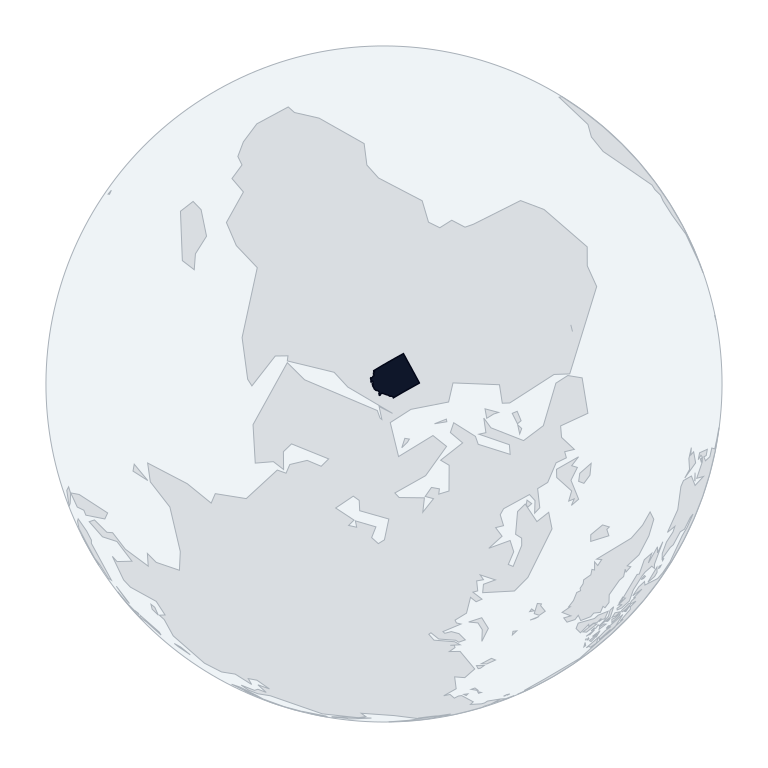 globe centered on Al Wadi at Jadid, rotated 149°
{"feature_id": "EGY-1550", "entity_name": "Al Wadi at Jadid", "entity_type": "Governorate", "adm_level": 1, "iso_a3": "EGY", "parent_name": "Egypt", "parent_adm1": "", "projection": "orthographic", "projection_center": [30.896, 24.831], "detail": "fine", "context": "on_globe", "style": "filled", "palette": "ink", "viewbox_px": 768, "rotation_deg": 149, "n_neighbors": 0, "source": "natural_earth", "source_scale": "10m", "svg_char_len": 12885}
<svg xmlns="http://www.w3.org/2000/svg" viewBox="0 0 768 768"><g transform="rotate(149 384 384)"><circle cx="384" cy="384" r="338" fill="#eef3f6" stroke="#a8b0b8"/><path d="M413.2,47.3L423.8,48.4L429.3,49.3L413.8,47.5L421.8,49.1L398.1,48.4L357.5,48.0L343.6,50.7L300.1,59.2L303.4,59.3L289.0,64.0L287.5,66.2L279.9,68.1L285.3,68.4L292.5,66.3L297.3,66.0L297.1,67.4L287.3,69.7L286.0,69.3L283.0,70.8L278.2,71.5L280.5,72.0L268.6,75.3L279.9,74.3L270.1,78.9L262.4,80.5L263.9,77.3L249.6,76.3L242.2,78.7L230.3,84.3L206.5,100.4L198.0,105.0L186.1,113.4L190.4,111.7L201.2,104.8L206.2,104.7L218.9,97.2L222.8,96.5L235.6,91.0L232.8,95.4L223.2,103.1L212.5,108.3L208.0,112.2L217.5,110.8L196.9,125.0L182.3,143.2L177.0,147.0L167.9,146.8L169.6,136.8L157.8,140.2L164.5,142.1L151.3,153.3L148.8,157.3L149.0,159.7L153.6,157.3L148.9,162.5L140.5,161.5L144.7,156.7L147.3,156.8L148.0,152.6L142.2,153.8L136.0,160.3L133.9,158.0L129.4,162.9L126.4,165.8L133.7,157.8L120.6,172.7L119.2,174.1L134.6,156.0L151.3,139.0L169.1,123.2L188.0,108.7L207.9,95.6L228.7,83.9L250.2,73.7L272.4,65.0L295.2,58.0L318.4,52.5L341.9,48.7L365.6,46.6L389.4,46.1L413.2,47.3ZM53.2,315.0L52.4,320.2L51.7,323.0L48.1,356.9L50.1,380.7L50.5,397.2L49.7,403.5L51.7,411.1L51.8,416.5L65.1,445.8L76.4,470.4L79.0,488.9L75.5,501.5L86.2,539.6L83.6,538.8L72.8,515.7L63.7,491.7L56.5,467.2L51.1,442.2L47.7,416.8L46.2,391.3L46.6,365.7L48.9,340.3L53.2,315.0ZM236.2,89.0L235.9,90.0L233.7,90.5L236.2,89.0ZM242.1,86.0L239.8,85.9L242.2,84.5L243.6,84.5L242.1,86.0ZM440.1,50.8L441.4,51.0L438.7,50.5L440.1,50.8ZM244.3,86.5L246.9,82.0L251.2,79.6L260.0,78.1L244.3,86.5ZM442.0,51.2L451.6,53.6L457.4,54.6L446.3,54.0L441.8,51.6L432.8,49.9L439.8,50.9L442.0,51.2ZM294.9,65.1L287.2,67.4L293.9,64.4L294.9,65.1ZM298.0,63.4L311.7,56.5L323.0,54.5L316.2,56.9L331.0,54.1L329.9,56.4L321.4,58.6L314.3,59.2L319.3,59.7L298.0,63.4ZM438.6,53.8L438.7,54.5L435.7,53.5L438.6,53.8ZM299.8,65.6L301.5,64.1L311.5,62.2L309.8,65.0L307.1,64.6L299.8,65.6ZM335.5,52.5L342.6,52.0L343.6,53.6L346.5,53.7L330.8,56.4L335.5,52.5ZM304.8,65.8L308.7,66.5L303.8,68.9L298.7,67.1L304.8,65.8ZM314.8,60.7L319.4,60.1L316.3,61.2L314.8,60.7ZM288.7,78.6L290.5,76.2L295.9,74.9L288.7,78.6ZM310.5,66.7L312.2,65.9L314.5,65.3L316.0,66.3L310.5,66.7ZM332.6,57.6L331.5,58.6L339.1,56.6L340.2,58.2L329.5,59.9L334.5,59.9L334.9,60.4L325.8,61.3L332.6,57.6ZM324.5,65.7L311.3,69.3L306.7,73.7L301.8,74.8L310.1,67.6L324.5,65.7ZM326.1,62.9L324.0,64.8L319.0,65.0L317.3,63.8L326.1,62.9ZM344.7,58.9L345.9,55.9L348.1,55.7L344.7,58.9ZM324.2,66.9L327.4,66.1L324.4,67.2L324.2,66.9ZM339.5,61.2L339.6,60.0L342.2,59.8L339.5,61.2ZM333.7,65.7L329.4,66.6L328.1,65.7L333.7,65.7ZM337.2,63.6L340.7,63.6L330.2,64.8L336.8,63.0L337.2,63.6ZM342.0,61.2L343.6,60.7L341.6,61.7L342.0,61.2ZM341.1,69.0L328.1,70.8L325.3,68.6L338.2,67.0L341.1,69.0ZM554.0,92.0L535.7,82.8L496.8,66.8L512.7,72.8L509.2,72.1L515.0,74.9L526.2,79.8L527.4,79.9L546.0,94.5L573.1,113.5L570.9,108.3L577.8,111.1L606.8,133.1L642.0,175.3L651.6,183.4L657.7,191.2L661.5,199.4L652.8,188.1L649.3,187.3L643.8,180.3L647.0,191.1L639.2,181.6L645.5,195.6L652.1,201.4L652.2,194.6L661.0,212.0L671.5,220.8L681.7,237.2L694.4,276.7L693.7,295.3L695.6,301.5L690.6,298.8L691.2,315.0L706.0,340.5L708.1,350.2L705.6,376.2L704.3,369.3L691.3,361.9L694.0,386.5L704.0,398.0L707.6,417.8L702.2,416.6L697.9,399.6L693.2,396.3L690.8,375.6L679.9,349.3L674.1,360.6L671.1,348.4L655.3,329.7L644.9,345.3L630.9,388.8L634.7,420.5L627.3,438.0L604.0,399.9L593.5,370.9L585.1,376.9L561.1,356.7L519.8,365.2L513.9,358.0L506.2,363.5L489.2,358.1L480.2,345.8L470.0,348.3L494.1,380.3L505.1,377.8L514.1,362.4L518.8,374.4L535.1,382.5L517.2,416.6L455.9,452.1L449.9,428.5L403.4,364.7L404.9,357.0L404.7,356.2L404.1,354.7L399.8,367.2L391.8,354.4L416.6,400.0L420.7,419.7L455.0,453.6L451.8,457.6L462.8,464.0L498.2,450.4L498.4,458.3L481.7,496.9L432.7,549.0L439.3,578.7L435.9,603.6L405.6,621.0L408.5,638.4L392.9,644.9L392.1,654.3L379.8,664.0L359.0,672.5L323.4,670.8L320.9,662.8L302.7,645.3L277.2,600.3L285.9,580.5L282.6,563.4L256.9,521.4L262.5,499.8L255.7,489.2L241.6,489.5L233.8,476.7L225.2,474.9L172.5,470.9L156.9,451.1L139.2,396.9L148.9,380.6L151.5,358.0L219.6,297.0L233.3,304.6L286.0,303.0L292.5,306.6L285.4,323.9L324.3,349.4L337.9,335.3L374.0,348.4L398.5,347.7L408.9,314.3L368.6,314.6L362.5,298.3L395.5,284.0L430.8,285.0L429.5,278.9L408.0,265.6L416.8,254.1L400.6,260.2L406.6,266.4L396.6,270.9L390.5,265.6L393.8,261.4L383.4,258.8L370.0,280.8L374.7,289.5L346.9,293.0L352.1,308.2L344.2,314.9L332.6,292.0L334.3,283.8L312.1,258.7L307.8,267.4L328.5,292.1L321.7,289.8L316.0,303.4L314.9,291.4L293.5,263.6L268.9,266.2L236.2,296.2L222.1,296.6L211.0,287.2L224.3,253.9L254.2,257.1L259.3,246.8L254.5,229.9L264.0,232.9L265.7,226.8L277.1,227.8L294.4,215.3L306.2,215.2L314.2,197.7L321.4,195.7L314.6,206.3L316.2,214.3L345.7,215.5L351.7,212.1L354.5,201.0L362.3,203.4L361.2,192.7L378.8,189.2L356.5,184.9L359.2,173.4L370.4,165.3L367.3,161.1L349.1,174.7L345.4,181.0L348.6,187.4L335.2,205.9L324.8,208.4L323.8,187.3L308.9,189.2L314.6,173.3L360.3,144.1L378.8,139.4L406.9,154.3L401.9,161.1L389.4,158.7L399.9,170.9L399.5,165.0L406.0,167.5L410.2,158.4L415.0,159.8L410.8,149.1L417.2,149.9L419.7,156.6L431.3,145.1L444.7,145.0L445.0,141.9L441.6,138.6L461.0,141.4L460.3,139.0L453.8,137.1L448.3,131.4L446.1,122.8L452.9,124.2L454.6,127.5L468.4,137.2L471.9,146.6L474.5,146.4L473.1,138.7L456.2,126.7L453.0,121.2L461.8,125.9L458.3,123.8L458.9,121.5L465.8,121.0L456.5,115.6L453.0,93.0L466.0,90.7L474.3,96.6L479.1,85.6L493.4,86.0L487.3,83.9L485.5,78.5L480.9,78.2L477.9,76.9L471.2,65.6L474.9,64.8L465.1,59.6L461.9,58.8L458.6,58.9L446.3,54.0L457.4,54.6L463.9,56.2L466.5,56.3L481.0,60.4L494.3,64.6L508.8,70.5L518.0,74.1L517.9,73.9L529.9,79.2L554.0,92.0ZM195.4,331.9L193.4,338.5L195.4,331.9ZM468.1,303.7L489.3,302.6L479.8,282.8L487.2,281.0L481.2,275.3L479.0,281.4L464.5,265.7L473.7,258.7L471.1,250.1L463.9,250.2L449.4,265.8L470.1,287.9L465.2,297.0L468.1,303.7ZM52.4,320.5L51.5,325.7L51.7,323.3L52.4,320.5ZM66.7,267.9L65.1,272.8L65.7,270.5L66.7,267.9ZM151.8,153.3L152.3,153.6L151.4,156.8L149.6,157.0L151.8,153.3ZM161.1,163.0L153.3,171.2L157.6,165.1L153.5,166.4L157.5,155.9L174.6,148.5L166.1,153.4L161.1,163.0ZM167.4,141.2L163.0,147.8L167.2,140.9L167.4,141.2ZM263.8,195.9L267.3,200.3L262.2,206.6L247.3,209.3L254.4,199.8L263.8,195.9ZM273.3,205.2L276.5,185.0L285.9,183.4L280.1,187.6L286.0,188.5L278.2,195.7L284.1,214.9L280.1,222.0L254.7,221.4L265.2,217.3L261.2,212.9L273.3,205.2ZM267.9,144.6L269.4,138.1L287.9,142.6L284.4,148.3L269.2,150.6L264.5,145.4L267.9,144.6ZM259.5,85.7L258.9,84.5L261.6,83.6L264.3,83.9L259.5,85.7ZM289.1,77.6L265.1,90.4L263.1,89.6L251.4,99.3L241.7,101.0L249.6,94.4L233.4,103.6L236.6,98.4L226.2,105.2L244.9,90.3L247.2,86.7L248.3,89.9L257.1,88.3L261.7,86.5L276.2,79.2L285.5,71.6L295.7,69.6L300.5,70.2L299.8,71.7L293.4,72.3L297.1,73.9L287.3,76.1L289.1,77.6ZM350.4,90.9L343.2,89.0L349.0,96.5L339.2,97.1L340.5,97.9L333.1,100.8L326.2,106.0L321.9,105.6L321.1,107.9L316.2,110.2L313.7,113.3L305.0,113.9L301.2,118.0L299.3,116.1L295.1,123.1L294.3,118.3L287.8,121.4L292.0,124.4L251.5,124.5L235.1,129.8L221.8,137.3L222.4,129.1L235.2,117.4L253.5,106.2L269.2,102.9L266.6,100.3L273.4,98.2L272.6,101.1L277.8,95.5L283.2,94.6L299.5,87.4L303.7,80.8L309.8,78.4L310.8,80.6L316.1,76.8L322.2,79.6L326.7,78.1L337.2,79.9L336.6,85.7L341.6,83.7L349.8,85.6L350.4,90.9ZM343.8,69.6L345.3,75.5L340.7,79.0L324.4,74.6L319.5,75.5L308.9,73.8L315.8,69.0L318.2,69.9L322.1,69.6L318.4,71.2L324.3,69.8L327.8,71.1L333.4,70.5L332.4,72.5L343.8,69.6ZM300.4,300.6L305.5,301.8L313.6,301.7L310.2,310.7L300.4,300.6ZM285.4,281.9L290.1,281.2L289.2,292.8L283.9,292.0L285.4,281.9ZM293.4,271.3L290.4,280.2L288.9,274.9L293.4,271.3ZM319.0,205.4L324.1,204.4L324.4,207.1L321.2,210.8L319.0,205.4ZM365.6,116.9L362.3,114.4L363.9,113.3L362.8,106.2L370.0,105.7L373.5,109.8L365.6,116.9ZM401.6,320.2L394.1,326.7L390.6,323.7L393.9,322.0L401.6,320.2ZM349.6,319.3L361.2,323.9L348.6,321.8L349.6,319.3ZM373.3,115.2L372.0,112.2L376.4,113.9L373.3,115.2ZM375.2,105.1L380.4,106.4L370.7,104.9L375.2,105.1ZM521.6,688.0L522.7,688.9L517.9,690.5L521.6,688.0ZM493.3,593.6L469.5,636.9L453.6,638.8L451.0,627.6L460.0,602.1L478.6,592.7L487.8,579.7L493.3,593.6ZM716.9,441.3L710.7,456.2L707.3,458.3L708.9,451.7L714.5,443.3L716.9,441.3ZM708.6,452.0L702.2,446.3L687.3,415.8L692.8,412.1L707.1,425.1L706.3,430.4L710.3,436.5L708.6,452.0ZM720.8,402.7L719.9,417.2L717.3,424.3L715.6,425.9L714.6,411.1L715.2,400.9L716.9,398.1L718.7,356.3L720.3,359.3L720.7,375.6L721.7,383.9L720.8,402.7ZM636.2,422.9L644.0,438.6L639.4,443.9L636.2,422.9ZM716.1,330.8L717.6,348.5L715.2,326.9L716.1,330.8ZM712.7,312.1L714.3,318.3L712.6,314.0L712.7,312.1ZM698.7,310.4L697.2,315.2L695.5,310.7L696.5,302.1L698.7,310.4ZM689.5,251.6L695.5,264.6L697.4,269.6L693.7,263.2L689.5,251.6ZM432.7,113.0L426.3,122.8L426.5,130.8L434.0,136.4L420.6,133.3L420.4,120.8L432.7,113.0ZM449.8,95.0L443.1,91.1L447.7,90.7L449.9,91.5L449.8,95.0ZM444.6,94.1L433.2,93.5L430.6,90.0L440.1,91.1L444.6,94.1ZM403.2,102.8L400.8,105.6L397.3,104.0L403.2,102.8ZM720.9,409.9L721.3,404.3L721.9,385.8L721.8,377.0L721.8,375.4L721.9,381.1L721.9,384.5L721.9,388.3L720.9,409.9ZM718.8,338.0L718.4,335.5L719.2,343.1L716.0,321.0L718.8,338.0ZM716.0,321.8L717.0,328.6L714.9,316.5L716.0,321.8ZM716.3,325.7L714.6,318.4L714.8,317.0L716.3,325.7ZM715.9,320.5L712.9,307.0L714.5,313.4L715.9,320.5ZM710.2,302.5L713.4,309.7L712.1,311.2L704.4,287.1L704.4,283.6L710.2,302.5ZM662.0,193.2L657.8,187.7L655.6,183.9L659.2,188.7L662.0,193.2ZM645.4,169.9L653.7,181.2L660.2,192.4L661.6,193.4L669.3,205.2L663.3,198.1L653.6,182.7L649.9,176.3L642.6,167.3L635.7,158.8L626.7,149.5L621.5,144.0L628.6,150.8L640.9,164.5L645.4,169.9ZM623.0,145.8L604.8,129.3L603.9,127.6L607.7,130.7L616.4,138.8L616.4,139.2L623.0,145.8ZM600.2,125.1L599.9,125.6L572.8,108.0L566.8,104.1L587.0,115.1L587.9,116.4L594.7,121.4L600.2,125.1ZM442.3,54.9L439.0,54.5L441.0,54.3L442.3,54.9ZM475.5,76.9L471.6,75.2L474.0,74.6L475.5,76.9ZM462.3,70.2L462.2,72.1L459.5,69.5L462.3,70.2ZM462.6,76.6L460.9,72.5L466.6,77.4L462.6,76.6Z" fill="#d9dde1" stroke="#a8b0b8" stroke-width="1"/><path d="M353.0,370.2L353.0,369.7L353.1,367.7L353.1,366.8L353.2,366.6L353.3,366.6L365.4,367.0L372.3,367.2L382.9,367.3L382.8,367.5L382.8,367.9L382.9,368.0L383.4,369.1L383.5,369.3L384.2,370.0L384.5,370.1L385.0,370.3L385.2,370.5L385.4,370.7L385.5,370.8L386.1,372.2L386.9,373.1L387.4,373.5L389.6,376.3L390.4,377.0L390.5,377.1L390.8,377.2L391.0,377.2L391.3,377.2L391.8,377.1L393.0,376.5L393.1,376.4L393.4,376.4L393.5,376.4L393.6,376.5L393.8,376.7L393.8,376.8L393.8,377.0L393.7,377.2L393.5,377.6L393.4,378.0L393.4,378.3L393.2,378.4L392.5,379.0L392.3,379.2L392.3,379.3L392.2,379.4L392.2,379.6L392.4,380.4L392.6,381.2L392.7,381.4L392.7,381.5L392.8,381.6L393.4,382.1L393.8,382.3L394.0,382.5L394.3,382.9L394.4,383.1L394.4,383.7L394.5,383.8L394.7,384.3L394.8,384.7L394.9,384.9L394.9,385.0L394.7,385.7L394.6,385.9L394.6,386.0L394.6,386.5L394.7,386.9L394.7,387.0L394.6,387.3L394.6,387.5L394.7,388.0L394.7,388.3L394.5,388.5L394.4,388.6L394.2,388.7L393.8,388.7L393.7,388.7L393.5,388.8L393.4,388.9L393.4,389.1L393.4,389.3L393.4,389.5L393.5,389.5L393.8,389.7L393.9,389.8L394.0,389.8L394.1,390.0L393.9,390.2L393.3,390.3L393.1,390.3L392.9,390.4L392.8,390.5L392.7,390.7L392.6,390.8L392.5,391.2L392.4,391.6L392.4,391.8L392.3,392.0L392.3,392.3L392.5,392.3L393.2,392.4L394.0,392.2L394.0,392.3L394.1,392.5L394.0,392.8L393.6,393.3L393.4,393.5L393.2,394.1L393.0,394.6L392.9,394.7L392.9,394.8L392.8,395.1L392.7,395.4L392.7,395.6L392.5,395.8L392.4,396.0L392.2,396.1L392.1,395.9L391.9,395.8L391.7,395.9L391.3,395.6L391.2,395.5L390.8,395.6L389.1,396.4L388.5,396.3L388.4,396.3L388.2,396.3L388.0,396.5L387.9,396.7L387.8,396.8L387.8,397.1L387.9,397.4L387.9,397.7L387.9,397.8L387.9,398.0L387.4,398.6L387.3,398.8L387.2,398.8L386.9,398.9L386.8,399.0L386.5,399.0L386.4,399.0L386.2,399.0L385.9,399.2L385.9,399.4L385.8,399.5L385.9,399.8L386.2,399.9L386.2,400.0L386.3,400.1L386.0,400.7L385.9,400.7L385.7,400.7L385.2,400.7L384.7,400.7L384.1,400.7L383.6,400.7L383.1,400.7L382.5,400.7L382.0,400.7L381.5,400.7L380.9,400.7L380.4,400.7L379.9,400.7L379.3,400.7L378.8,400.7L378.3,400.7L377.7,400.7L377.2,400.7L376.7,400.7L376.1,400.7L375.6,400.7L375.1,400.7L374.5,400.7L374.0,400.7L373.5,400.6L372.9,400.6L372.4,400.6L371.9,400.6L371.4,400.6L370.8,400.6L370.3,400.6L369.8,400.6L369.2,400.6L368.7,400.6L368.2,400.6L367.6,400.5L367.1,400.5L366.6,400.5L366.0,400.5L365.5,400.5L365.0,400.5L364.4,400.5L363.9,400.4L363.4,400.4L362.8,400.4L362.3,400.4L361.8,400.4L361.3,400.4L360.7,400.4L360.2,400.3L359.7,400.3L359.1,400.3L358.6,400.3L358.1,400.3L357.5,400.2L357.0,400.2L356.5,400.2L356.0,400.2L355.4,400.2L354.9,400.1L354.4,400.1L353.8,400.1L353.3,400.1L352.8,400.1L352.2,400.0L351.7,400.0L351.8,398.3L351.8,396.6L351.9,394.9L352.0,393.1L352.1,391.4L352.1,389.7L352.2,388.0L352.3,386.3L352.3,384.5L352.4,382.8L352.5,381.1L352.6,379.4L352.6,377.7L352.7,376.0L352.8,374.2L352.9,372.5L352.9,371.4L353.0,370.2Z" fill="#0f172a" stroke="#020617" stroke-width="1.5"/></g></svg>